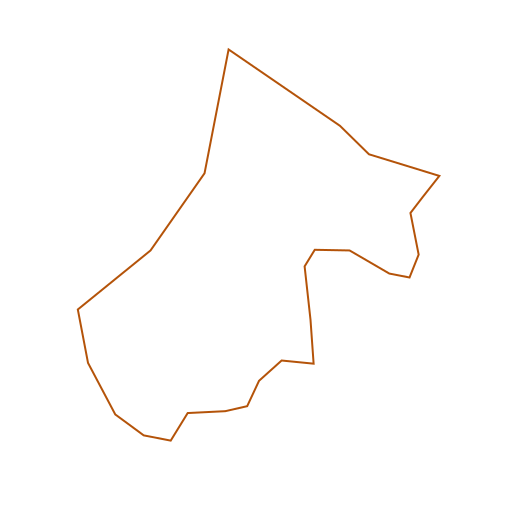 an SVG outline of Birżebbuġa, rotated 191°
{"feature_id": "MLT-5968", "entity_name": "Birżebbuġa", "entity_type": "state/province", "adm_level": 1, "iso_a3": "MLT", "parent_name": "Malta", "parent_adm1": "", "projection": "equal_earth", "projection_center": [14.516, 35.821], "detail": "fine", "context": "isolated", "style": "outline", "palette": "amber", "viewbox_px": 512, "rotation_deg": 191, "n_neighbors": 0, "source": "natural_earth", "source_scale": "10m", "svg_char_len": 483}
<svg xmlns="http://www.w3.org/2000/svg" viewBox="0 0 512 512"><g transform="rotate(191 256 256)"><path d="M420.7,169.5L360.6,241.3L322.3,327.4L322.3,453.5L198.4,399.8L164.5,377.4L91.3,369.6L103.5,345.9L112.6,327.7L96.6,288.4L101.2,264.2L121.8,264.2L165.2,279.3L199.5,273.3L206.3,255.1L190.3,203.7L178.9,161.3L210.9,158.3L229.2,134.1L236.0,106.9L256.6,97.8L293.1,88.8L304.5,58.5L332.0,58.5L363.9,73.6L400.5,119.0L420.7,169.5Z" fill="none" stroke="#b45309" stroke-width="2"/></g></svg>